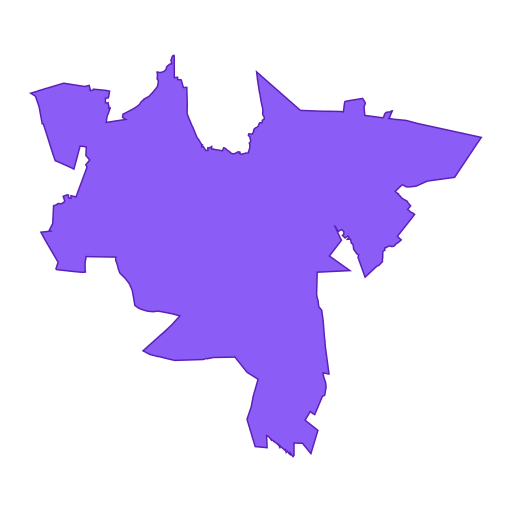 Tequixquiac, México, Mexico
{"feature_id": "50627088B83518275291231", "entity_name": "Tequixquiac", "entity_type": "district", "adm_level": 2, "iso_a3": "MEX", "parent_name": "Mexico", "parent_adm1": "México", "projection": "orthographic", "projection_center": [-99.144, 19.894], "detail": "fine", "context": "isolated", "style": "filled", "palette": "violet", "viewbox_px": 512, "rotation_deg": 0, "n_neighbors": 0, "source": "geoboundaries", "source_scale": "gbopen_adm2", "svg_char_len": 5915}
<svg xmlns="http://www.w3.org/2000/svg" viewBox="0 0 512 512"><path d="M55.9,268.9L56.6,269.6L74.4,271.6L82.3,272.3L82.8,272.3L85.4,272.1L85.4,271.1L85.1,270.2L85.1,262.2L85.6,259.8L85.8,259.0L85.9,256.6L115.9,257.1L115.6,260.2L116.7,263.0L117.6,265.9L118.3,268.9L119.9,273.1L122.8,276.0L124.9,278.0L128.4,282.4L129.5,284.1L132.3,290.5L134.9,305.5L137.6,307.4L139.0,308.4L141.6,309.4L146.3,310.9L149.3,311.4L153.0,311.7L156.5,311.3L157.4,311.1L161.6,311.7L172.7,313.9L179.8,315.9L172.1,324.5L166.1,330.2L155.3,339.8L143.0,350.8L149.7,354.4L158.2,356.6L159.1,356.6L167.3,358.7L169.5,359.2L171.5,359.7L172.9,359.9L173.6,360.2L174.7,360.4L203.3,359.5L206.0,358.5L206.9,358.8L213.4,357.5L234.7,357.1L234.8,356.9L247.1,372.3L258.1,379.3L253.2,396.2L251.3,406.5L247.0,419.3L255.2,446.6L267.1,447.7L266.6,435.5L269.0,436.9L270.8,439.3L271.4,439.3L271.5,440.3L273.3,440.5L274.0,441.7L275.6,442.5L279.1,445.5L279.4,446.7L279.7,447.3L279.9,447.6L280.0,447.4L279.3,445.3L284.6,450.0L285.1,449.4L285.5,449.9L286.2,452.4L286.5,452.0L287.3,451.2L289.0,453.5L290.1,454.5L290.2,453.0L293.0,456.6L294.0,455.4L294.0,443.0L302.5,443.3L310.9,453.6L317.9,430.4L305.1,420.2L310.2,411.5L312.8,413.5L314.7,414.6L322.4,396.4L324.7,395.2L326.1,387.2L325.6,382.5L323.8,377.1L323.6,376.5L323.0,372.9L329.0,374.0L325.2,345.6L324.9,340.5L324.4,336.9L323.2,321.1L321.7,310.2L318.8,306.7L318.0,300.4L317.2,297.8L316.6,294.3L317.2,272.2L349.9,270.6L329.4,256.0L341.5,240.2L340.1,237.7L335.0,226.3L335.6,226.6L336.3,228.6L337.4,230.0L338.1,231.5L341.7,229.5L343.9,231.7L343.7,234.5L342.4,235.4L345.1,238.0L347.8,236.0L349.1,237.2L347.4,239.3L347.6,239.3L350.5,239.2L351.1,242.0L351.1,242.4L351.4,243.1L353.0,244.5L353.7,249.4L355.8,252.2L356.0,252.8L357.1,254.0L358.6,254.9L358.0,257.4L365.1,277.2L376.7,266.3L378.8,265.4L382.5,261.6L382.3,259.7L382.7,258.2L382.8,252.5L383.0,251.2L384.5,250.4L384.8,250.4L384.7,249.7L384.7,247.9L385.0,247.6L385.6,247.8L387.1,247.1L388.4,246.2L388.9,246.0L390.3,246.2L391.7,246.6L392.8,246.5L394.4,245.9L395.2,244.9L396.6,243.4L397.7,242.9L399.6,241.4L401.2,239.9L397.4,236.3L412.1,217.7L414.6,214.3L413.3,213.3L412.4,212.8L410.8,212.2L410.3,211.8L409.3,210.7L407.6,209.4L409.8,206.9L410.6,205.8L410.2,205.3L408.3,203.2L406.9,201.0L403.5,199.2L402.4,198.5L401.0,197.2L400.5,196.4L398.3,194.6L398.4,194.3L398.3,194.1L398.5,193.9L397.9,193.5L397.7,193.4L397.2,193.1L396.3,192.4L395.7,191.8L395.3,191.3L401.7,185.2L402.4,185.0L403.2,185.0L404.8,186.1L406.1,186.8L409.8,186.9L416.3,186.1L427.2,181.1L454.6,177.3L477.9,142.4L481.3,137.4L418.1,123.6L406.0,120.4L394.6,119.3L391.1,118.8L388.8,118.5L389.5,117.9L390.6,114.8L391.2,113.4L391.4,112.9L392.3,110.9L391.8,110.9L391.4,111.0L390.9,111.4L390.2,111.8L389.3,112.0L387.4,112.1L386.6,112.3L385.9,112.6L385.2,113.3L384.6,114.2L384.3,114.7L383.9,116.7L383.4,117.1L383.2,117.2L382.8,117.8L364.8,115.4L364.4,111.2L364.1,107.4L364.2,106.4L365.2,103.8L365.3,103.3L365.3,102.9L364.9,102.1L363.5,99.8L362.6,98.4L356.1,99.5L352.3,100.1L347.8,100.9L345.0,101.5L344.6,102.7L344.5,103.1L343.4,111.9L340.6,111.5L340.2,111.5L330.6,111.3L324.4,111.3L300.4,110.4L264.1,78.5L256.6,71.9L257.2,76.7L257.3,77.6L257.4,79.1L259.5,92.5L260.0,94.6L260.5,97.8L260.7,98.8L261.1,101.4L262.9,109.7L262.7,113.2L263.0,115.3L264.0,116.4L264.3,118.0L264.1,119.3L262.3,120.2L262.2,120.7L262.4,121.8L261.8,122.9L260.4,122.7L260.1,122.6L259.7,122.9L259.4,123.1L258.2,126.2L256.9,127.4L256.0,127.6L254.3,128.9L253.6,130.0L253.8,131.1L252.3,134.1L248.7,133.9L248.4,135.5L249.8,136.8L250.7,141.0L250.6,141.9L249.3,142.9L249.4,143.7L249.7,144.4L249.9,145.4L249.8,147.4L249.0,150.5L248.5,151.4L248.6,152.4L248.3,153.0L246.1,153.0L244.7,153.4L241.7,154.1L241.6,154.4L239.6,153.5L240.0,153.1L240.0,152.2L238.7,151.8L237.9,151.9L235.6,153.2L233.3,153.9L231.3,153.3L228.9,151.2L228.7,151.1L227.4,150.3L226.5,149.5L225.9,148.8L225.0,148.2L223.7,147.8L222.4,150.8L220.2,150.4L215.5,149.6L213.4,149.2L213.8,149.0L211.8,149.1L211.7,147.2L211.6,146.5L210.7,147.3L209.2,147.8L207.7,147.9L208.0,150.4L206.6,150.5L206.0,150.2L205.8,150.4L203.1,146.4L201.7,146.7L201.8,146.1L201.6,145.5L202.3,144.7L201.5,144.4L198.9,140.0L198.8,139.7L197.4,138.1L197.0,137.5L192.6,126.7L192.3,126.4L188.5,117.4L188.5,117.1L187.1,113.7L187.2,106.5L187.3,106.4L187.2,101.8L187.1,100.5L187.1,98.6L186.8,87.4L183.4,87.5L181.4,80.6L181.4,80.4L181.2,79.9L180.4,79.7L177.8,79.7L177.7,79.0L177.6,77.3L177.0,77.3L176.3,77.4L174.3,77.6L174.3,72.8L174.3,71.4L174.3,68.8L174.2,62.3L174.3,61.0L174.2,57.2L174.1,55.4L173.2,55.5L172.4,56.2L170.9,60.4L171.2,60.9L171.6,63.8L170.7,64.0L170.0,64.0L167.8,65.7L166.5,67.1L166.3,68.8L165.8,69.7L164.5,71.0L163.8,71.5L161.8,72.2L159.7,72.6L157.6,72.0L157.0,72.1L157.5,75.4L157.1,78.9L157.4,79.1L158.4,81.1L157.5,86.6L157.2,86.8L155.5,89.1L153.8,91.1L152.1,93.2L151.8,93.3L149.0,96.4L143.8,99.2L144.0,99.4L143.9,99.6L141.3,101.6L139.9,103.9L138.2,105.6L133.9,108.5L125.4,113.0L123.0,114.1L122.5,117.3L125.9,119.4L106.2,122.4L107.1,116.2L108.1,113.9L110.2,108.1L110.1,107.6L109.8,107.5L108.8,108.0L108.9,107.5L108.8,107.1L108.7,105.6L108.4,104.4L108.1,103.9L108.2,103.1L108.2,102.8L107.6,103.0L105.5,102.8L105.4,98.1L108.1,98.0L108.1,97.3L108.5,97.0L108.5,96.5L108.8,96.4L108.8,96.0L109.6,91.1L106.0,90.4L93.8,89.2L94.0,89.6L90.6,90.7L90.1,90.2L90.4,90.1L89.2,85.4L84.7,86.5L63.7,83.2L38.2,90.8L36.8,91.4L30.7,93.2L35.3,96.1L35.6,96.6L39.1,106.8L42.2,123.8L43.0,124.0L43.4,124.0L47.9,138.2L52.2,151.8L55.2,160.7L57.4,161.6L58.2,161.9L62.9,164.0L70.9,167.6L73.9,169.1L78.5,152.1L79.6,147.9L80.1,146.0L86.3,146.9L85.9,155.5L89.7,160.0L85.8,164.8L87.0,167.2L76.0,196.9L71.0,195.7L71.1,198.3L68.6,197.7L68.5,195.1L67.1,194.8L63.2,196.3L64.7,200.9L64.0,202.2L62.8,202.8L62.1,203.2L61.7,203.6L61.2,203.9L60.7,203.9L59.0,203.5L57.9,203.6L57.3,203.9L56.8,204.6L54.9,205.4L53.6,205.6L52.7,223.6L49.3,230.1L50.8,231.1L40.9,232.2L45.3,240.3L58.1,262.2L55.9,268.9Z" fill="#8b5cf6" stroke="#5b21b6" stroke-width="1.5"/></svg>